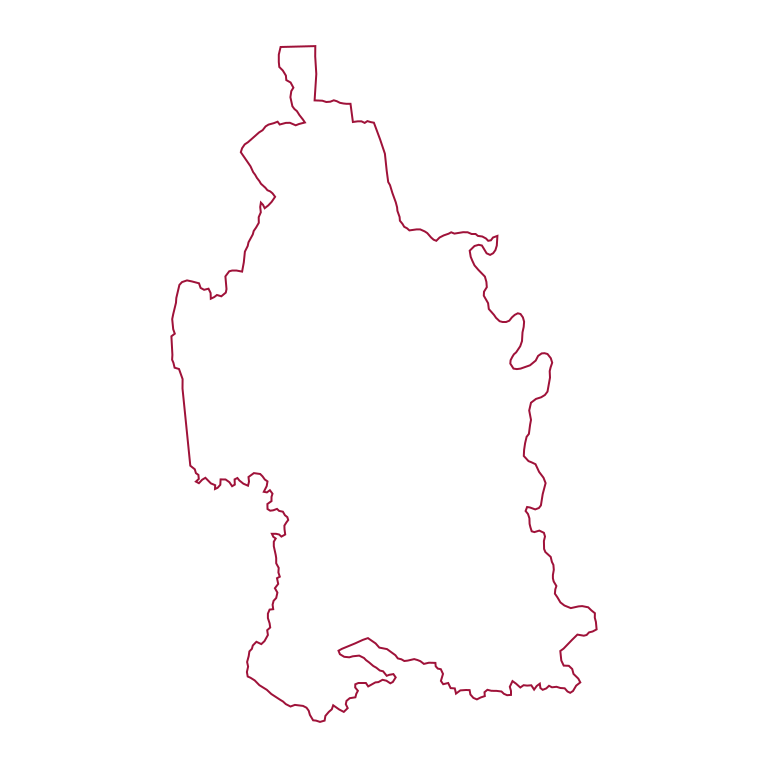 outline of Londrina, Paraná, Brazil
{"feature_id": "56859067B34641840661798", "entity_name": "Londrina", "entity_type": "district", "adm_level": 2, "iso_a3": "BRA", "parent_name": "Brazil", "parent_adm1": "Paraná", "projection": "robinson", "projection_center": [-51.103, -23.475], "detail": "fine", "context": "isolated", "style": "outline", "palette": "rose", "viewbox_px": 768, "rotation_deg": 0, "n_neighbors": 0, "source": "geoboundaries", "source_scale": "gbopen_adm2", "svg_char_len": 6113}
<svg xmlns="http://www.w3.org/2000/svg" viewBox="0 0 768 768"><path d="M267.5,509.0L270.2,510.7L273.2,510.3L277.0,508.9L279.1,510.9L282.9,511.7L284.9,515.2L287.3,517.1L288.2,520.0L286.4,522.4L284.4,525.6L284.5,529.2L285.2,534.5L281.4,536.6L279.1,534.5L276.0,533.8L271.9,533.8L273.3,536.8L275.7,538.5L273.8,541.7L273.8,546.2L275.7,554.9L276.2,558.1L276.2,563.3L278.7,567.9L278.4,572.5L279.8,576.7L277.0,578.2L278.2,583.9L274.9,588.2L277.4,592.6L276.2,598.0L273.6,600.8L272.6,604.7L273.2,609.2L269.6,609.6L267.9,613.6L267.9,618.1L269.6,623.3L270.2,627.5L267.2,630.2L267.9,635.0L264.5,641.1L261.3,644.1L256.4,641.8L252.8,645.5L251.9,648.8L249.4,651.4L248.7,656.1L247.1,662.0L248.1,666.6L246.9,672.0L247.7,676.5L250.4,677.7L254.7,680.4L259.4,685.2L266.8,689.8L271.3,694.0L280.5,700.0L283.0,701.5L285.8,704.1L290.5,706.5L294.9,704.9L303.0,705.9L306.5,707.7L308.7,710.7L309.9,714.9L313.1,720.3L316.0,720.6L320.0,721.9L324.6,720.6L325.4,715.9L328.8,711.9L331.8,709.3L333.2,705.3L339.2,709.5L343.8,711.9L347.7,708.1L345.8,704.2L346.5,700.9L349.7,698.2L355.4,697.3L356.3,693.8L357.9,690.8L355.2,687.5L355.3,684.3L358.4,683.0L365.9,683.0L368.2,686.4L375.4,682.4L378.4,682.1L382.5,679.8L386.4,680.7L390.3,683.3L392.8,682.0L395.7,677.4L393.4,674.1L389.3,674.8L386.7,675.8L383.1,671.3L379.8,670.5L376.3,667.7L373.3,666.0L369.1,662.4L366.0,660.1L364.0,658.0L359.2,655.6L352.8,656.3L349.3,657.3L344.2,656.8L339.9,654.2L338.5,650.7L342.0,648.8L355.1,643.4L362.8,639.9L367.9,638.1L375.6,643.4L379.3,647.6L387.0,649.1L395.4,655.2L397.8,658.4L401.4,659.3L404.3,661.0L407.7,660.6L414.2,659.1L417.4,660.0L420.4,661.2L423.9,663.9L429.0,662.7L435.4,662.9L435.7,666.3L437.8,668.6L440.8,669.2L443.0,673.9L440.9,680.9L443.2,684.2L448.2,683.0L450.6,688.1L454.8,688.4L456.0,693.6L460.3,690.4L465.9,690.0L469.6,690.1L470.4,694.5L473.4,697.9L476.9,699.4L480.6,697.5L484.8,696.1L484.5,692.2L487.4,689.8L491.4,690.8L496.7,690.9L501.5,691.5L503.9,693.8L507.1,695.2L511.0,694.9L511.0,691.0L509.8,686.8L512.5,681.1L516.1,683.7L520.3,687.5L523.6,685.2L527.1,685.6L531.3,685.3L534.1,689.6L536.7,686.0L539.8,683.7L540.4,688.0L542.7,689.8L546.3,688.4L549.0,685.8L552.0,687.3L556.5,686.8L560.4,688.0L564.7,688.3L567.5,691.5L570.2,692.8L573.0,691.0L576.2,685.6L580.3,682.4L578.3,678.6L573.5,673.9L572.2,669.0L568.8,665.8L563.7,665.6L561.3,660.5L560.3,651.0L563.6,648.6L572.0,639.9L577.4,634.6L583.8,635.7L586.6,635.0L589.0,632.4L592.6,631.5L596.6,629.4L595.9,621.9L594.8,617.7L594.9,613.2L591.4,610.4L588.2,607.3L582.2,606.1L578.5,606.4L570.8,608.1L564.4,605.5L560.4,602.4L557.4,597.3L554.9,593.7L555.3,589.3L556.4,586.0L553.7,581.5L552.9,578.3L552.9,575.0L553.8,569.8L553.4,564.9L551.9,561.9L550.7,556.9L545.4,552.1L544.1,549.0L543.9,541.0L545.0,536.5L543.9,532.8L539.3,530.6L534.4,532.1L531.7,531.3L530.4,527.2L529.6,523.9L529.4,518.3L528.0,514.0L525.6,511.0L527.1,507.0L530.0,507.5L535.2,509.4L538.9,508.0L540.9,505.4L542.7,494.1L545.6,483.1L543.5,477.7L539.1,471.9L535.5,464.2L531.5,462.3L528.5,461.1L523.8,456.0L524.1,449.9L525.1,443.2L526.6,436.8L528.9,433.9L530.1,424.7L531.0,419.9L529.2,410.5L531.0,402.7L536.0,398.9L541.1,397.3L544.9,395.0L547.5,391.6L550.0,377.6L549.7,371.1L550.6,367.4L552.2,362.7L550.8,358.2L547.5,354.0L544.5,353.2L541.7,353.4L538.1,355.9L535.7,360.6L530.0,365.3L520.6,368.6L516.9,369.1L513.5,368.6L510.3,363.6L510.6,360.2L512.3,356.9L513.9,354.3L516.1,352.4L520.2,346.3L522.0,341.1L522.5,332.4L523.7,326.9L524.1,321.7L522.9,317.4L520.5,314.0L517.8,313.3L514.7,314.9L511.9,317.4L509.3,320.7L506.1,322.0L502.6,322.0L499.6,321.2L496.0,317.8L494.0,314.9L488.8,309.0L488.1,303.2L483.8,295.7L484.0,291.7L486.8,287.2L486.4,281.9L484.9,276.6L478.3,269.8L474.5,265.4L472.3,260.7L470.7,256.8L469.7,250.7L474.5,246.0L478.7,244.8L481.9,245.5L486.6,253.3L490.1,254.9L493.2,253.2L495.4,250.1L496.8,245.6L497.4,235.9L493.0,237.5L490.9,240.3L488.2,240.8L486.0,238.5L482.3,236.5L477.9,235.9L475.6,234.0L471.6,234.0L467.7,232.3L463.1,232.2L454.4,233.6L451.2,232.3L448.6,233.7L443.7,235.4L439.6,237.5L436.3,240.8L433.6,239.7L431.1,237.5L427.3,233.1L424.7,231.4L420.2,229.4L416.6,229.4L409.4,230.4L406.9,228.2L404.2,226.8L402.5,223.9L399.9,220.7L399.6,217.0L397.4,210.8L397.1,207.4L395.8,202.4L392.4,193.0L390.0,185.1L388.2,182.0L386.7,170.8L384.9,153.7L380.1,139.4L373.9,122.7L370.7,122.1L367.4,121.1L364.7,122.9L361.4,121.3L358.0,121.3L352.9,122.0L350.5,103.8L346.4,103.8L343.5,103.5L339.9,102.8L336.8,101.2L333.8,100.3L330.3,101.7L326.3,102.0L322.3,100.7L314.6,100.4L316.3,74.0L315.2,56.4L315.3,46.1L280.6,47.0L278.8,54.6L278.8,62.0L279.3,67.0L282.8,70.5L285.9,75.6L286.3,80.1L290.6,82.5L293.4,87.7L291.3,91.1L290.4,97.2L292.4,106.3L294.4,109.0L296.9,111.1L299.5,115.2L302.9,119.5L304.9,122.5L299.0,124.0L295.7,125.3L289.9,122.8L285.8,122.9L279.7,124.5L277.6,121.7L273.7,123.2L268.5,124.6L265.6,126.4L262.6,130.2L259.1,132.4L248.0,142.2L244.7,144.4L242.1,148.2L240.8,152.2L250.5,166.3L253.2,172.2L255.1,174.7L256.9,177.9L259.4,181.1L260.9,183.7L265.5,187.9L267.4,190.2L270.2,191.4L272.5,193.3L275.1,196.8L271.6,201.9L268.3,205.4L264.7,208.2L263.0,204.8L260.9,202.6L260.2,207.0L260.8,212.3L258.7,217.2L258.8,222.8L256.1,227.5L253.7,231.0L252.8,234.4L248.5,242.3L247.7,246.0L244.9,251.6L243.8,262.4L242.1,271.6L236.3,270.5L232.3,270.5L229.2,271.3L225.4,276.4L226.5,289.1L225.8,292.6L221.3,296.3L216.9,295.0L214.2,297.1L210.8,298.7L210.6,293.0L208.5,288.7L204.1,289.8L200.6,287.9L199.0,283.3L191.8,281.4L187.0,280.4L182.0,282.1L179.4,284.9L176.3,298.0L176.0,302.7L173.2,314.2L172.2,319.1L173.2,329.2L174.8,333.7L171.4,336.3L172.4,354.9L172.1,359.7L173.4,362.7L174.6,367.7L179.0,369.0L182.6,379.1L182.5,388.5L190.3,465.7L194.8,469.3L195.9,473.1L198.4,474.9L198.8,478.9L195.9,481.6L198.9,483.2L202.2,479.7L205.4,477.8L210.9,483.4L215.2,485.2L215.0,489.0L217.6,487.8L220.3,484.8L220.6,479.4L225.6,479.5L229.4,482.2L232.1,486.2L234.8,484.6L234.6,479.4L237.4,478.0L239.4,480.5L243.4,483.7L248.0,485.7L249.0,481.7L248.5,477.0L253.9,473.1L260.2,474.0L262.5,476.3L264.8,479.5L267.5,481.4L266.7,486.1L263.8,491.8L266.9,492.4L269.9,490.2L272.5,493.7L271.5,496.9L271.5,501.1L267.4,504.0L267.5,509.0Z" fill="none" stroke="#9f1239" stroke-width="2"/></svg>